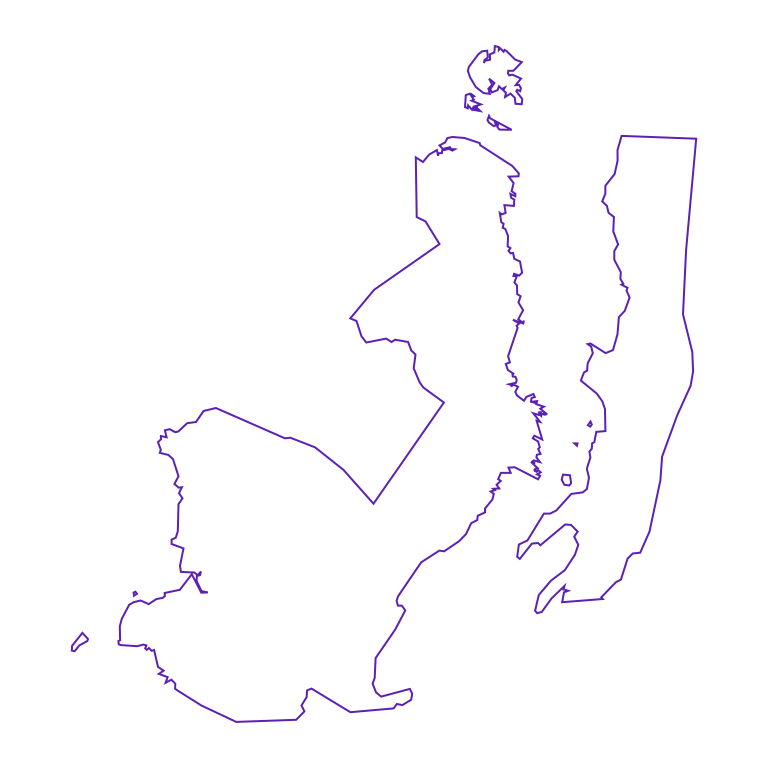 Muna, Sulawesi Tenggara, Indonesia
{"feature_id": "22746128B70372019871554", "entity_name": "Muna", "entity_type": "district", "adm_level": 2, "iso_a3": "IDN", "parent_name": "Indonesia", "parent_adm1": "Sulawesi Tenggara", "projection": "mercator", "projection_center": [122.695, -4.871], "detail": "fine", "context": "isolated", "style": "outline", "palette": "violet", "viewbox_px": 768, "rotation_deg": 0, "n_neighbors": 0, "source": "geoboundaries", "source_scale": "gbopen_adm2", "svg_char_len": 6069}
<svg xmlns="http://www.w3.org/2000/svg" viewBox="0 0 768 768"><path d="M411.2,699.7L412.2,693.7L409.9,688.9L381.2,696.6L376.0,692.3L372.6,683.6L374.7,678.1L375.6,658.1L395.3,629.4L405.3,610.4L401.9,605.7L397.9,605.6L396.6,600.8L398.0,596.4L421.1,562.4L439.3,550.6L444.2,551.3L459.2,541.1L466.0,534.1L471.2,523.2L477.3,520.0L477.7,515.8L485.0,512.4L485.0,508.5L492.4,499.5L493.8,493.9L490.7,491.5L494.8,490.2L493.2,488.8L499.2,488.5L496.6,484.8L500.7,480.9L498.2,479.2L500.9,472.9L510.7,472.9L508.5,467.6L514.8,467.3L538.1,479.3L540.1,475.7L537.1,474.4L540.7,472.3L538.1,470.1L536.8,471.6L534.8,470.9L534.0,469.4L535.8,471.0L535.4,468.8L537.7,468.2L531.0,461.9L535.0,463.6L532.6,461.3L533.7,460.4L540.0,462.1L536.4,457.5L536.9,454.8L540.5,453.9L538.2,449.0L539.8,447.3L538.1,441.5L532.8,438.3L534.3,435.7L542.2,439.5L536.6,420.7L540.0,421.8L533.3,413.3L538.7,414.9L539.2,412.2L540.9,412.3L539.9,414.7L541.2,415.9L541.3,413.8L545.1,414.8L543.7,414.4L542.6,413.1L545.8,414.6L546.5,413.9L540.3,408.7L543.9,406.7L536.3,404.2L537.1,401.1L534.8,401.4L535.9,402.0L536.0,403.1L530.9,401.7L531.6,397.9L534.8,397.1L533.4,394.0L526.4,396.9L524.0,400.8L516.9,395.4L515.3,391.9L518.0,386.7L513.4,384.6L511.2,386.6L511.8,385.1L509.1,384.3L516.1,382.7L516.7,379.9L515.4,376.8L512.7,376.5L512.5,373.8L514.1,374.2L507.8,369.9L505.8,364.0L509.9,362.4L508.1,356.2L517.6,327.9L516.7,325.6L519.3,323.4L512.9,319.8L523.2,323.5L524.0,320.6L522.9,322.9L518.3,319.2L523.1,310.2L518.5,302.5L520.6,296.2L517.2,294.1L517.0,285.5L514.4,282.4L516.9,275.9L513.5,276.0L514.1,273.8L519.2,275.6L522.1,272.7L520.0,261.5L514.3,258.8L513.1,253.0L510.6,253.3L508.5,250.8L510.4,248.1L507.6,246.3L508.1,236.0L505.3,229.0L502.7,227.7L503.6,223.8L501.3,222.2L499.8,212.9L501.8,214.4L505.6,212.9L504.4,205.1L513.9,205.9L514.3,199.6L511.2,197.9L510.4,193.9L515.3,196.2L515.4,193.8L511.6,191.2L513.6,183.1L508.7,176.6L518.5,176.3L518.8,173.4L512.2,165.9L480.2,145.2L479.7,143.1L464.6,138.0L452.6,137.0L447.5,138.0L445.1,142.5L439.5,145.4L442.8,148.9L449.9,147.2L451.6,149.7L452.9,149.1L454.8,149.3L452.4,150.6L449.0,148.9L442.2,150.4L441.9,153.1L438.5,153.2L438.1,155.8L436.9,150.1L429.2,154.5L423.0,162.0L415.8,157.4L416.7,217.1L425.5,221.4L439.5,244.1L374.1,289.8L350.3,318.4L356.5,321.0L361.5,336.3L366.3,342.5L386.2,338.6L391.5,342.0L395.2,339.7L408.1,342.0L411.3,350.5L415.5,354.5L413.7,368.4L419.7,382.4L423.3,387.5L443.9,402.5L373.5,503.7L343.5,469.9L315.0,447.3L290.3,437.7L284.9,438.3L215.9,408.0L203.6,411.0L196.0,422.0L187.2,423.2L178.3,431.5L175.2,432.2L169.7,429.2L164.9,430.3L166.6,437.3L160.9,436.0L161.1,439.2L158.0,442.1L160.8,449.8L159.8,452.9L168.3,454.9L173.0,459.1L178.5,476.3L174.4,484.0L178.8,487.7L181.9,487.2L179.0,493.2L182.5,498.3L178.5,504.2L177.8,531.2L175.8,537.7L171.6,539.6L171.6,544.0L183.5,548.4L180.0,565.8L180.9,571.9L194.2,572.5L197.9,575.1L200.9,571.5L200.0,575.2L196.9,575.9L196.6,581.0L201.4,591.1L207.9,592.4L201.3,592.7L191.8,574.2L179.8,589.8L164.6,593.0L164.9,596.0L162.7,597.9L156.5,599.0L148.7,604.1L140.6,600.5L133.7,602.2L129.2,604.8L121.8,618.8L119.8,626.3L120.1,640.2L118.4,641.0L118.7,644.3L121.0,645.1L137.1,646.2L143.4,644.6L146.4,645.4L145.2,648.4L146.7,649.9L148.9,648.0L151.7,650.8L154.1,650.0L158.0,666.9L163.6,670.7L158.8,673.9L167.6,677.1L165.6,682.8L171.4,679.7L175.3,683.7L175.1,688.8L177.7,690.6L201.4,705.5L236.2,721.9L296.2,719.8L304.4,711.4L301.5,705.5L306.6,697.1L307.1,690.4L311.5,688.6L350.4,712.2L393.6,708.4L396.9,704.0L402.4,705.1L411.2,699.7ZM602.8,599.0L601.3,597.3L615.9,582.2L620.9,579.6L627.6,558.6L632.7,553.5L640.2,552.7L649.5,531.6L660.4,480.2L662.1,456.6L677.2,415.3L690.6,385.8L693.1,371.5L692.3,352.1L683.0,314.3L686.1,250.0L696.2,138.7L621.6,135.9L617.5,150.1L617.6,160.7L614.6,174.1L605.4,185.7L605.3,193.9L602.2,201.4L606.9,205.8L608.6,212.9L613.9,216.9L613.3,231.5L618.1,244.4L614.3,251.1L614.3,259.8L620.8,272.2L620.4,278.8L623.3,283.8L621.5,284.7L627.5,287.8L626.5,290.6L629.6,297.5L624.8,310.8L618.9,317.1L617.5,334.2L613.0,350.1L605.6,353.1L590.5,343.5L587.7,344.1L591.2,346.6L592.8,353.3L587.7,363.2L587.1,370.6L584.0,372.4L580.9,380.6L596.7,393.5L602.3,401.2L605.0,409.1L605.4,431.1L596.3,431.9L594.3,442.2L592.1,443.3L591.8,448.8L589.4,451.6L590.4,457.4L586.8,468.7L589.0,477.6L586.9,489.0L582.7,492.4L571.3,493.9L556.4,510.4L550.1,513.6L543.9,513.6L527.4,540.5L518.9,544.5L517.2,556.8L519.8,558.9L531.9,543.6L538.1,543.0L540.3,545.3L565.2,524.5L571.0,524.9L577.7,531.6L574.2,536.7L578.3,544.8L574.9,554.8L564.8,570.2L550.9,580.7L538.8,595.0L535.1,610.7L537.2,613.2L541.8,611.9L551.5,598.5L564.5,585.9L563.5,589.4L568.2,590.8L564.0,592.3L562.2,602.2L602.8,599.0ZM498.8,50.0L498.8,47.1L494.9,46.1L494.3,52.5L489.8,54.4L490.1,59.7L484.8,60.8L484.0,63.1L484.4,60.1L487.8,57.4L487.2,50.7L482.1,51.3L478.3,54.3L468.8,67.0L467.9,71.0L470.0,77.2L475.8,87.0L483.6,93.1L489.8,93.8L488.4,88.6L492.2,84.7L489.1,78.7L494.4,83.0L490.3,89.1L491.8,92.4L497.5,90.2L499.0,86.3L501.9,89.1L504.8,87.6L503.3,90.3L505.9,92.6L505.1,97.0L510.5,93.6L514.8,97.7L515.5,103.8L521.7,104.2L522.3,99.1L516.3,91.2L517.2,89.8L520.2,91.2L520.9,88.1L519.1,84.9L515.7,85.1L521.0,78.6L512.5,74.7L509.2,75.4L508.0,73.3L508.3,70.8L513.4,70.8L521.8,62.1L515.2,59.6L506.4,50.9L504.5,49.9L503.6,51.7L500.2,48.3L498.8,50.0ZM74.7,651.2L79.2,645.5L87.3,641.0L88.0,639.0L82.4,632.9L72.1,645.8L71.8,650.6L74.7,651.2ZM473.8,99.6L469.8,93.7L465.8,95.1L465.0,107.1L467.8,108.3L468.1,105.4L472.0,109.8L473.7,106.6L480.9,104.4L471.6,100.7L473.8,99.6ZM490.1,118.3L489.0,115.9L487.5,120.0L488.8,122.5L493.9,126.1L496.1,125.4L495.2,122.9L497.4,124.8L498.3,123.5L497.4,127.0L499.4,129.6L511.7,129.8L490.1,118.3ZM570.0,475.3L563.0,474.6L561.7,479.8L564.3,484.7L569.2,485.5L571.1,483.2L570.0,475.3ZM590.5,421.5L587.9,425.2L590.3,426.6L591.8,424.5L590.5,421.5ZM135.4,591.7L133.6,592.6L134.0,595.7L137.0,593.8L135.4,591.7ZM477.0,107.1L474.4,107.2L472.7,109.0L476.5,109.3L477.0,107.1ZM480.3,111.1L478.2,109.0L475.4,110.2L480.3,111.1ZM577.5,443.4L574.4,443.4L577.0,445.7L577.5,443.4ZM474.1,96.2L470.5,93.5L472.7,96.7L474.1,96.2Z" fill="none" stroke="#5b21b6" stroke-width="2"/></svg>